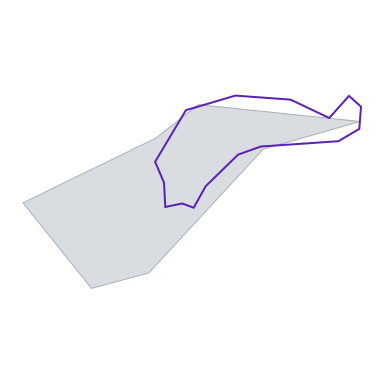 Eastern on a map of American Samoa (Equal Earth projection)
{"feature_id": "ASM-4998", "entity_name": "Eastern", "entity_type": "state/province", "adm_level": 1, "iso_a3": "ASM", "parent_name": "American Samoa", "parent_adm1": "", "projection": "equal_earth", "projection_center": [-170.654, -14.284], "detail": "fine", "context": "in_parent", "style": "outline", "palette": "violet", "viewbox_px": 384, "rotation_deg": 0, "n_neighbors": 0, "source": "natural_earth", "source_scale": "10m", "svg_char_len": 484}
<svg xmlns="http://www.w3.org/2000/svg" viewBox="0 0 384 384"><path d="M148.8,272.9L91.5,288.4L23.0,202.8L156.0,138.0L198.3,104.7L359.8,121.5L263.2,149.2L148.8,272.9Z" fill="#d9dde1" stroke="#a8b0b8" stroke-width="1"/><path d="M155.1,161.8L185.9,110.2L235.3,95.6L290.5,99.6L329.2,118.0L349.0,95.9L361.0,106.7L359.3,128.9L338.4,141.2L260.8,146.5L238.1,154.6L205.7,186.2L193.7,207.7L182.2,203.5L165.3,207.0L164.0,182.6L155.1,161.8Z" fill="none" stroke="#5b21b6" stroke-width="2"/></svg>